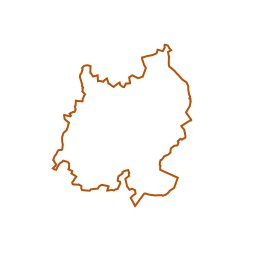 the district of Shira, Bauchi, Nigeria, rotated 230°
{"feature_id": "59680162B33775428128459", "entity_name": "Shira", "entity_type": "district", "adm_level": 2, "iso_a3": "NGA", "parent_name": "Nigeria", "parent_adm1": "Bauchi", "projection": "natural_earth1", "projection_center": [10.019, 11.46], "detail": "fine", "context": "isolated", "style": "outline", "palette": "amber", "viewbox_px": 256, "rotation_deg": 230, "n_neighbors": 0, "source": "geoboundaries", "source_scale": "gbopen_adm2", "svg_char_len": 4083}
<svg xmlns="http://www.w3.org/2000/svg" viewBox="0 0 256 256"><g transform="rotate(230 128 128)"><path d="M168.1,209.8L168.1,209.4L167.3,208.8L167.0,208.5L166.0,207.8L164.5,204.1L168.6,201.3L168.9,201.0L166.8,197.8L168.1,193.7L168.7,192.5L170.8,188.9L172.4,185.0L173.0,184.3L172.8,183.8L171.9,183.2L165.4,180.7L162.5,180.3L157.9,172.3L158.5,170.5L159.7,167.7L165.6,165.2L166.1,161.5L160.9,158.3L163.5,154.8L162.8,154.1L161.9,151.3L162.4,150.6L165.9,149.7L168.2,150.8L168.6,148.3L168.7,145.0L168.7,143.4L171.3,142.7L172.5,142.4L173.0,142.4L174.8,141.6L175.3,142.1L179.5,143.7L179.7,141.9L179.6,139.8L179.4,138.6L180.2,138.3L182.7,136.2L183.2,135.1L187.9,138.6L189.9,134.3L194.1,134.8L194.4,134.6L195.7,135.5L195.8,135.8L199.4,139.0L199.5,138.8L201.8,137.7L203.4,135.2L203.7,134.3L203.7,133.3L203.6,131.4L202.2,131.1L199.8,127.3L199.7,125.9L198.0,123.9L194.3,122.4L194.2,122.4L192.0,121.3L191.1,121.2L190.3,120.4L189.5,119.6L188.0,119.8L187.6,119.4L187.6,118.5L185.4,117.1L185.3,116.5L181.4,116.8L180.8,114.7L180.3,114.2L179.4,112.0L177.7,110.3L177.8,110.0L181.1,106.8L182.4,105.6L179.0,102.4L178.9,102.3L178.7,101.1L175.9,99.9L174.7,97.3L175.5,96.5L176.5,92.6L174.1,92.2L174.0,91.3L178.6,87.8L179.0,87.5L178.7,87.1L175.5,85.2L171.7,85.8L170.1,86.2L168.1,83.3L166.6,81.2L166.5,80.5L165.9,79.9L165.7,77.8L165.7,77.7L165.7,75.7L164.5,73.5L163.7,72.1L162.7,71.2L161.6,70.2L159.4,68.6L157.2,67.4L153.9,63.9L154.0,62.8L155.8,60.4L155.4,59.2L154.2,56.5L153.9,55.5L153.6,53.7L151.4,50.0L150.4,50.1L149.5,49.9L149.1,49.8L148.0,49.7L146.9,49.5L146.1,49.4L145.7,48.0L145.4,44.5L143.5,45.0L142.2,46.2L142.7,47.1L143.7,49.5L144.3,51.2L144.5,52.3L144.7,53.7L144.6,54.7L144.4,55.7L144.6,57.4L143.0,58.4L141.7,59.4L140.9,59.9L139.7,60.1L139.1,60.0L138.5,60.0L137.8,59.4L135.3,57.1L134.7,55.8L130.8,57.6L129.5,55.4L127.0,56.3L126.5,56.4L125.7,56.7L124.0,57.1L123.5,55.7L123.3,54.0L122.8,53.1L122.2,50.3L120.8,49.6L120.0,49.7L119.2,50.6L118.5,51.4L116.6,53.4L116.5,53.9L113.5,55.0L112.1,53.6L110.0,52.8L104.6,58.3L104.9,60.1L103.0,63.0L102.2,64.1L101.0,65.8L101.8,68.3L101.6,70.1L101.5,71.2L98.2,73.9L95.8,75.6L93.7,72.3L93.4,71.9L90.7,76.0L90.2,76.2L89.1,77.5L89.1,78.8L88.2,80.3L88.0,81.0L90.7,86.7L92.0,87.4L93.9,86.2L94.2,86.2L96.0,88.1L96.8,89.3L97.1,89.6L96.7,94.7L97.7,95.3L97.5,97.1L95.7,101.1L92.7,100.1L92.4,99.1L90.6,97.9L90.8,93.4L84.7,90.2L83.8,89.8L79.7,89.5L78.9,92.1L75.9,93.4L74.3,92.5L72.8,91.6L73.1,88.6L72.8,85.2L63.7,83.3L67.3,98.0L66.9,99.0L63.8,101.1L62.5,102.1L62.4,102.2L59.2,105.1L57.0,108.0L56.7,108.3L54.9,110.7L53.6,111.3L52.7,113.7L52.7,115.0L52.5,115.7L52.3,116.3L52.7,117.2L52.7,118.5L52.8,118.8L53.1,119.7L52.5,124.9L53.6,126.8L57.9,134.2L63.6,131.4L75.3,125.8L77.7,127.8L78.1,128.6L78.5,128.6L78.9,128.6L79.1,128.6L79.3,128.6L79.5,128.7L81.4,130.7L82.4,132.3L82.1,132.7L82.0,133.3L82.2,134.0L82.3,134.8L82.5,135.7L82.7,136.4L83.1,137.2L82.9,137.8L82.6,139.0L82.0,140.8L81.8,141.7L81.8,142.5L81.8,143.4L81.8,144.7L82.8,145.5L83.7,146.4L84.4,147.4L84.8,148.0L84.8,149.8L84.6,150.9L84.7,151.8L84.4,152.4L83.0,154.6L83.3,155.5L83.8,156.3L84.2,157.1L84.5,157.4L85.0,157.3L85.4,157.3L85.7,157.5L85.9,158.1L85.9,159.3L86.0,160.3L86.1,161.1L85.4,161.4L84.8,161.5L84.5,161.8L84.5,162.2L84.2,162.5L84.4,163.1L84.3,163.6L84.0,164.1L83.9,164.4L83.7,164.9L83.9,165.7L84.6,166.6L87.8,168.5L89.1,169.1L90.6,170.0L92.4,169.9L93.3,169.9L94.8,169.9L95.3,170.1L93.8,180.3L93.3,180.9L93.3,181.4L93.5,181.5L93.8,181.7L102.7,182.5L104.9,189.1L107.9,192.9L108.1,192.8L108.4,193.3L108.8,193.4L109.1,193.7L109.4,193.9L109.7,194.0L109.8,194.1L109.9,194.3L110.1,194.5L110.3,194.4L110.6,194.2L110.9,194.0L111.1,194.0L111.3,194.1L111.3,194.7L111.5,195.1L111.7,195.6L114.1,196.2L115.2,196.8L115.7,197.1L118.8,198.9L119.8,199.8L121.0,200.9L125.3,202.2L130.3,200.7L131.6,200.7L136.0,200.7L137.4,200.5L138.1,200.4L141.6,200.4L143.8,200.0L145.4,199.8L148.4,199.1L150.4,200.0L151.2,200.7L153.0,202.2L154.4,203.5L156.1,205.1L158.5,206.4L160.5,207.5L159.9,211.1L163.0,210.9L163.3,211.0L164.1,211.3L165.2,211.5L166.2,211.2L166.8,210.7L168.1,209.8Z" fill="none" stroke="#b45309" stroke-width="2"/></g></svg>